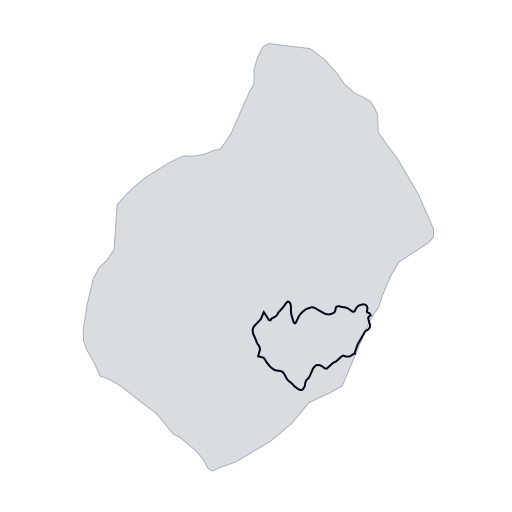 Berea highlighted on a map of Lesotho, rotated 175°
{"feature_id": "LSO-1202", "entity_name": "Berea", "entity_type": "District", "adm_level": 1, "iso_a3": "LSO", "parent_name": "Lesotho", "parent_adm1": "", "projection": "equal_earth", "projection_center": [27.891, -29.155], "detail": "fine", "context": "in_parent", "style": "outline", "palette": "ink", "viewbox_px": 512, "rotation_deg": 175, "n_neighbors": 0, "source": "natural_earth", "source_scale": "10m", "svg_char_len": 2888}
<svg xmlns="http://www.w3.org/2000/svg" viewBox="0 0 512 512"><g transform="rotate(175 256 256)"><path d="M334.5,356.5L320.7,361.6L318.8,362.0L310.0,360.8L298.2,362.0L289.0,364.8L281.8,365.8L270.1,380.3L248.8,419.2L243.1,427.4L241.5,442.6L236.6,454.7L230.5,464.2L224.6,466.5L206.9,462.7L184.2,457.9L171.0,446.1L159.3,430.7L153.1,419.5L146.6,413.3L144.3,409.9L135.1,404.7L131.6,402.0L128.5,400.1L124.8,392.6L122.6,386.2L123.4,368.1L116.9,357.3L105.7,338.9L98.6,323.8L88.9,303.2L82.9,285.5L76.8,267.2L77.5,259.4L83.4,254.0L100.5,244.8L113.9,237.7L123.4,224.6L133.8,205.1L138.8,193.4L143.9,188.0L149.4,179.7L159.1,161.4L169.8,141.0L181.4,119.1L195.9,112.7L215.8,105.4L235.0,86.2L257.8,70.1L294.6,52.5L311.7,48.1L318.3,45.5L322.4,48.9L326.8,58.9L333.0,67.3L347.5,81.9L353.6,85.4L368.5,107.1L384.5,121.9L402.8,138.9L415.3,147.4L421.7,149.8L426.9,164.9L432.3,176.1L435.2,186.6L434.6,196.8L428.6,221.8L420.1,247.4L413.2,258.0L404.9,264.7L396.8,274.8L393.6,295.2L389.8,319.3L379.2,329.2L371.0,335.6L359.6,343.6L334.5,356.5Z" fill="#d9dde1" stroke="#a8b0b8" stroke-width="1"/><path d="M146.9,186.8L148.2,186.3L149.7,184.8L149.4,182.4L148.5,177.7L148.6,175.7L149.6,173.9L151.1,172.8L152.7,172.1L153.8,171.4L162.6,158.8L166.0,151.2L165.9,150.0L167.2,150.0L171.3,147.8L173.8,147.8L175.7,148.2L177.6,149.2L179.4,148.6L185.2,144.1L187.0,143.5L188.3,142.9L189.4,142.2L195.1,137.8L196.4,137.7L197.7,138.5L200.1,140.6L201.4,141.4L203.0,141.9L205.6,142.0L207.4,140.6L208.9,139.1L213.2,131.2L214.6,129.5L216.6,128.0L217.9,125.5L218.8,122.0L220.6,119.4L222.0,118.5L223.6,118.7L225.3,119.6L227.2,121.1L229.2,123.0L231.1,125.6L234.6,129.0L235.9,130.8L236.9,133.0L237.9,135.4L239.1,137.6L240.5,138.8L242.1,139.4L245.4,140.1L246.9,140.6L248.4,141.5L250.2,143.1L251.8,144.8L254.4,148.7L255.3,150.3L256.0,151.9L257.4,154.1L262.6,155.8L260.1,162.8L260.6,165.8L261.8,167.8L262.4,169.0L262.9,170.2L263.7,173.3L265.8,179.3L265.8,182.6L265.1,184.6L263.9,186.3L257.2,192.2L256.4,193.2L255.1,195.5L254.7,196.6L253.1,199.4L248.7,191.1L248.0,190.8L247.2,190.6L246.8,191.3L246.3,191.9L245.7,192.4L242.4,193.8L241.2,194.5L240.2,195.4L238.4,198.0L233.5,202.5L229.9,206.7L228.4,207.8L227.2,207.5L226.2,206.3L225.8,204.7L225.6,202.9L226.0,198.4L226.0,196.3L225.8,194.4L224.7,188.5L224.2,186.8L223.5,185.6L222.7,185.6L221.8,186.7L218.9,191.7L217.6,193.5L214.4,196.4L211.5,198.3L209.8,199.0L205.3,200.1L203.5,199.8L202.1,199.2L192.8,192.7L190.3,191.7L188.6,191.5L187.0,191.5L184.2,192.3L183.1,192.9L182.2,193.8L181.7,194.9L181.4,196.1L181.1,197.5L180.3,198.4L178.0,198.9L175.5,197.9L171.0,196.8L168.6,195.5L164.8,192.2L163.5,191.9L162.5,192.5L160.7,195.3L159.2,196.9L157.3,197.9L153.9,198.5L152.1,198.3L150.7,197.5L150.0,196.3L149.6,195.1L149.6,194.1L149.7,193.5L150.4,191.2L150.4,190.7L150.1,190.2L149.5,189.8L148.7,189.5L148.1,189.1L147.7,188.7L147.0,187.1L146.9,186.8Z" fill="none" stroke="#020617" stroke-width="2"/></g></svg>